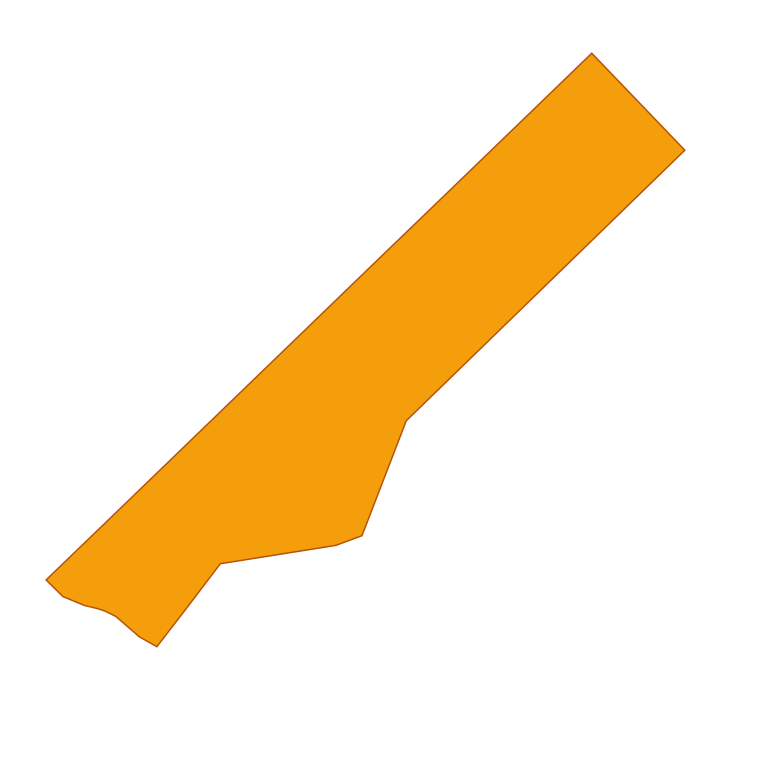 the Region of Ohangwena, rotated 316°
{"feature_id": "NAM-3352", "entity_name": "Ohangwena", "entity_type": "Region", "adm_level": 1, "iso_a3": "NAM", "parent_name": "Namibia", "parent_adm1": "", "projection": "robinson", "projection_center": [16.315, -17.652], "detail": "fine", "context": "isolated", "style": "filled", "palette": "amber", "viewbox_px": 768, "rotation_deg": 316, "n_neighbors": 0, "source": "natural_earth", "source_scale": "10m", "svg_char_len": 512}
<svg xmlns="http://www.w3.org/2000/svg" viewBox="0 0 768 768"><g transform="rotate(316 384 384)"><path d="M4.8,290.2L8.2,290.2L87.9,290.3L167.7,290.3L247.3,290.3L327.0,290.3L406.7,290.3L486.4,290.3L539.1,290.4L566.1,290.4L645.8,290.4L725.5,290.4L763.2,290.4L762.8,424.8L374.5,425.9L262.8,477.8L237.4,466.7L141.6,399.7L141.4,399.6L85.0,408.3L38.1,415.2L32.4,396.0L32.2,393.9L29.6,364.8L25.6,353.7L22.3,347.2L14.7,335.3L5.4,314.0L4.8,290.3L4.8,290.2Z" fill="#f59e0b" stroke="#b45309" stroke-width="1.5"/></g></svg>